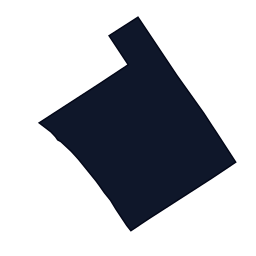 the district of Ottawa, Michigan, United States of America, rotated 327°
{"feature_id": "52423323B64315206950381", "entity_name": "Ottawa", "entity_type": "district", "adm_level": 2, "iso_a3": "USA", "parent_name": "United States of America", "parent_adm1": "Michigan", "projection": "albers", "projection_center": [-86.089, 42.987], "detail": "fine", "context": "isolated", "style": "filled", "palette": "ink", "viewbox_px": 256, "rotation_deg": 327, "n_neighbors": 0, "source": "geoboundaries", "source_scale": "gbopen_adm2", "svg_char_len": 491}
<svg xmlns="http://www.w3.org/2000/svg" viewBox="0 0 256 256"><g transform="rotate(327 128 128)"><path d="M56.3,75.3L61.3,89.3L62.5,95.9L62.6,99.7L64.3,102.8L67.7,116.4L69.0,124.1L69.5,127.4L72.4,155.1L72.7,160.4L73.0,169.3L74.0,179.1L73.7,189.4L73.9,209.2L74.5,215.7L86.9,215.5L95.6,215.4L98.6,215.4L170.8,215.7L199.7,215.3L199.7,180.1L199.6,171.6L199.6,156.8L197.6,110.2L196.7,40.5L162.4,40.3L162.7,75.1L127.8,75.4L56.3,75.3Z" fill="#0f172a" stroke="#020617" stroke-width="1.5"/></g></svg>